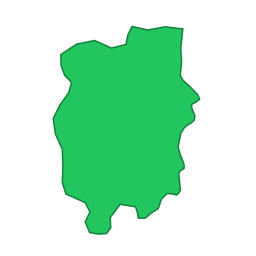 map outline of Cantemir (Mercator projection), rotated 167°
{"feature_id": "MDA-1631", "entity_name": "Cantemir", "entity_type": "District", "adm_level": 1, "iso_a3": "MDA", "parent_name": "Moldova", "parent_adm1": "", "projection": "mercator", "projection_center": [28.284, 46.256], "detail": "fine", "context": "isolated", "style": "filled", "palette": "green", "viewbox_px": 256, "rotation_deg": 167, "n_neighbors": 0, "source": "natural_earth", "source_scale": "10m", "svg_char_len": 913}
<svg xmlns="http://www.w3.org/2000/svg" viewBox="0 0 256 256"><g transform="rotate(167 128 128)"><path d="M52.3,212.2L58.7,193.8L60.9,180.4L65.2,167.7L64.0,162.9L61.8,159.2L59.4,156.0L52.5,144.6L51.7,139.9L56.2,137.9L60.5,136.7L61.4,133.8L60.1,124.5L61.7,120.7L65.3,118.7L69.6,117.4L73.2,115.5L77.7,111.0L82.8,99.7L83.4,97.8L83.1,91.1L81.6,80.0L82.5,76.0L87.0,74.4L88.8,72.1L91.0,55.4L93.5,52.9L96.2,51.7L97.2,52.9L104.6,55.4L111.6,50.9L116.7,42.6L124.6,39.9L131.6,36.3L138.2,37.9L137.9,43.4L138.3,49.4L152.8,55.4L165.5,44.7L167.2,34.7L172.6,30.0L180.8,31.3L188.9,34.8L190.8,46.2L183.9,54.9L186.4,64.8L203.3,77.7L204.3,89.5L200.0,105.4L196.8,122.1L200.1,138.5L198.7,154.1L189.0,165.9L178.0,175.6L172.7,185.0L177.9,193.7L179.1,204.0L176.9,214.7L159.2,221.3L140.9,220.8L126.2,209.6L111.2,209.9L107.0,219.0L101.2,226.0L86.8,219.1L68.9,218.2L52.3,212.2Z" fill="#22c55e" stroke="#15803d" stroke-width="1.5"/></g></svg>